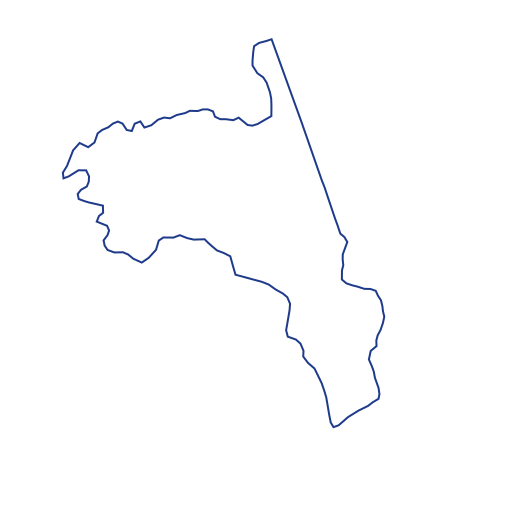 outline of Benevides, Pará, Brazil, rotated 329°
{"feature_id": "56859067B32539617912041", "entity_name": "Benevides", "entity_type": "district", "adm_level": 2, "iso_a3": "BRA", "parent_name": "Brazil", "parent_adm1": "Pará", "projection": "mercator", "projection_center": [-48.283, -1.361], "detail": "fine", "context": "isolated", "style": "outline", "palette": "blue", "viewbox_px": 512, "rotation_deg": 329, "n_neighbors": 0, "source": "geoboundaries", "source_scale": "gbopen_adm2", "svg_char_len": 2075}
<svg xmlns="http://www.w3.org/2000/svg" viewBox="0 0 512 512"><g transform="rotate(329 256 256)"><path d="M154.7,202.8L163.1,202.3L173.5,199.2L180.6,192.7L186.1,192.4L194.7,197.7L201.4,198.9L206.3,205.3L211.1,209.9L220.6,215.2L221.8,220.1L223.3,224.9L225.4,231.1L229.9,236.8L233.8,243.0L231.0,253.1L228.8,261.5L241.2,274.4L247.5,280.9L252.2,287.0L255.7,295.0L259.7,302.0L261.6,307.4L260.6,314.5L256.8,319.8L248.5,329.5L243.6,335.1L241.7,341.5L247.2,348.2L249.0,354.0L247.9,361.7L244.7,366.5L245.5,374.3L248.2,382.7L246.8,398.8L245.0,407.2L243.4,413.4L236.9,430.0L234.3,437.2L234.3,442.6L239.6,443.7L251.8,441.5L264.1,441.3L275.1,442.2L280.8,441.5L287.5,441.5L290.7,437.9L293.1,432.2L295.2,421.7L297.4,415.8L298.5,410.4L299.5,402.8L305.5,396.4L312.9,395.3L315.6,390.4L319.4,386.7L324.7,383.5L330.2,378.9L334.7,374.1L336.4,368.7L338.5,364.1L340.3,358.3L340.1,352.9L340.7,347.5L337.1,343.2L331.9,339.9L327.3,334.6L323.5,330.8L319.4,326.0L317.5,320.4L322.3,312.6L326.1,308.8L328.5,303.6L331.2,299.3L341.5,291.0L341.5,285.2L339.8,280.3L341.7,271.7L343.1,264.4L348.2,241.1L350.1,232.7L351.4,224.9L363.8,165.5L381.0,78.2L375.8,77.1L368.3,74.9L362.4,75.2L358.5,80.0L353.8,86.5L351.1,91.0L351.3,100.0L354.2,106.6L354.4,112.9L352.3,122.8L350.1,128.9L346.6,135.2L341.2,144.0L332.6,143.8L325.4,143.7L320.0,142.4L316.3,139.4L312.4,128.5L306.5,127.9L300.6,123.2L295.8,120.3L292.6,115.5L293.6,109.8L290.2,105.5L285.9,102.9L280.8,101.8L274.1,97.5L268.9,97.0L260.6,94.3L253.3,93.7L248.5,90.0L242.3,88.7L233.6,90.0L226.5,88.4L226.2,81.1L220.2,80.1L213.9,84.9L210.1,81.4L209.8,73.8L206.8,69.6L201.5,68.8L195.8,69.6L189.0,68.7L183.5,69.3L176.0,75.5L168.2,76.3L163.0,68.3L153.7,71.2L140.5,81.4L133.4,85.1L131.0,90.3L136.4,91.3L148.0,91.1L154.5,95.1L153.9,101.8L150.9,106.2L146.8,109.3L140.1,109.1L135.1,111.0L133.4,115.8L137.2,120.6L140.7,124.4L144.4,127.9L150.7,134.0L147.2,140.2L142.1,140.8L137.2,144.5L143.9,153.4L143.2,158.5L139.4,161.7L133.4,164.1L131.6,169.2L131.9,174.4L136.4,180.0L143.9,184.3L147.2,188.9L149.4,195.1L154.7,202.8Z" fill="none" stroke="#1e3a8a" stroke-width="2"/></g></svg>